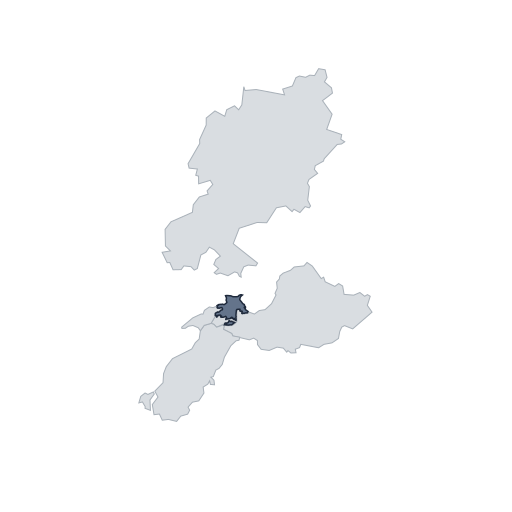 map of Azerbaijan with Kazakhstan, Iran, Armenia and 2 others greyed out, rotated 309°
{"feature_id": "AZE", "entity_name": "Azerbaijan", "entity_type": "country or territory", "adm_level": 0, "iso_a3": "AZE", "parent_name": "Asia", "parent_adm1": "", "projection": "mercator", "projection_center": [46.85, 40.145], "detail": "fine", "context": "with_neighbors", "style": "filled", "palette": "slate", "viewbox_px": 512, "rotation_deg": 309, "n_neighbors": 5, "source": "natural_earth", "source_scale": "50m", "svg_char_len": 6748}
<svg xmlns="http://www.w3.org/2000/svg" viewBox="0 0 512 512"><g transform="rotate(309 256 256)"><path d="M444.2,192.5L439.5,198.8L434.4,199.6L434.2,208.8L430.7,212.9L418.6,209.9L414.1,225.9L398.8,231.3L404.3,246.2L400.1,248.4L400.6,253.1L396.8,251.9L393.8,248.9L374.5,247.8L372.2,248.7L363.5,245.2L360.0,246.9L359.0,251.9L348.9,249.0L344.9,250.2L343.5,253.8L331.9,261.1L329.2,266.9L326.9,267.0L325.3,263.1L317.4,262.8L316.2,256.1L313.2,256.1L313.7,247.7L306.3,241.5L288.6,243.4L282.7,235.7L267.0,225.5L251.2,230.6L251.5,261.7L248.3,262.1L244.0,255.6L239.9,253.3L232.9,255.1L230.2,257.8L229.8,255.8L231.3,252.3L230.2,249.4L223.0,246.6L220.3,239.0L216.9,236.8L216.7,234.0L222.7,234.8L222.9,228.5L228.1,227.0L233.5,228.4L234.6,219.8L233.5,214.2L227.3,214.7L222.1,212.5L209.3,218.3L206.2,216.9L206.8,212.2L202.9,206.2L198.3,206.4L193.1,200.2L196.7,193.1L194.9,191.2L199.8,180.7L206.1,186.3L206.8,179.3L219.5,168.6L229.1,168.4L249.9,179.1L256.4,175.0L266.2,174.8L274.0,179.9L275.8,177.0L284.4,177.4L286.0,172.8L276.0,166.0L281.9,161.1L280.8,158.4L286.7,155.7L282.2,148.7L285.0,145.1L308.0,141.5L311.0,138.9L326.4,134.9L331.9,130.5L342.9,132.8L344.9,143.8L351.3,141.2L359.2,144.8L358.7,150.5L364.5,149.9L379.9,140.0L377.7,143.3L385.5,151.4L399.2,176.8L402.5,171.7L411.0,177.3L419.8,174.8L423.2,176.5L426.1,182.1L430.4,184.0L433.1,188.0L441.0,186.8L444.2,192.5Z" fill="#d9dde1" stroke="#a8b0b8" stroke-width="1"/><path d="M206.0,348.0L202.6,344.2L202.6,340.4L200.6,340.4L201.6,335.2L198.4,329.7L190.9,325.7L186.7,318.7L188.1,312.9L191.2,310.3L190.7,305.9L186.7,303.6L179.3,288.3L180.5,285.9L178.6,276.9L182.8,274.6L183.8,277.6L186.9,281.2L191.1,282.3L193.3,282.1L200.6,276.2L202.9,275.6L204.7,278.0L202.6,281.9L206.4,286.0L207.9,285.6L209.9,291.3L215.7,292.9L220.0,296.8L228.7,298.1L238.3,296.1L238.9,294.3L244.3,292.8L248.7,288.4L252.8,288.6L255.5,287.1L259.8,287.9L266.6,291.8L271.5,292.6L278.5,299.5L283.1,299.7L283.6,306.1L279.5,320.9L282.1,321.9L279.5,326.0L282.0,336.4L286.6,337.6L287.2,342.2L281.6,348.6L287.1,356.6L293.0,359.7L293.1,365.8L296.1,366.9L296.6,370.1L287.7,373.6L285.4,381.5L260.2,377.0L257.6,368.6L254.7,367.4L250.0,368.6L243.8,372.0L236.3,369.7L230.1,364.4L224.1,362.4L215.5,346.4L212.2,347.5L208.3,345.2L206.0,348.0Z" fill="#d9dde1" stroke="#a8b0b8" stroke-width="1"/><path d="M193.3,282.1L191.1,282.3L188.6,276.5L185.9,276.5L184.1,274.4L175.9,270.2L176.4,266.3L175.4,263.5L183.9,262.2L187.5,265.7L186.3,267.8L189.6,270.5L187.8,273.1L193.2,276.6L193.3,282.1Z" fill="#d9dde1" stroke="#a8b0b8" stroke-width="1"/><path d="M182.7,294.5L179.8,295.8L177.6,293.9L170.5,292.9L157.5,295.1L150.5,298.0L145.4,298.0L142.1,296.6L135.4,298.7L133.4,297.2L133.0,301.5L129.8,304.8L127.5,301.4L129.8,298.5L126.1,299.2L120.9,297.4L116.7,301.8L107.4,302.7L102.4,298.6L95.8,298.3L94.4,301.5L90.1,302.4L84.2,298.3L77.5,298.4L73.9,290.8L69.4,286.5L72.4,280.4L68.5,276.6L75.3,268.9L84.7,268.6L87.3,262.4L99.0,263.5L106.4,258.2L113.6,255.9L123.7,255.7L143.3,264.6L150.4,263.4L155.7,264.1L162.9,259.8L169.5,259.4L175.4,263.5L176.4,266.3L175.9,270.2L182.8,274.6L178.6,276.9L180.5,285.9L179.3,288.3L182.7,294.5ZM68.1,257.4L74.4,254.8L79.7,256.0L80.4,259.1L85.8,261.8L84.7,263.8L77.4,264.2L69.6,271.1L67.8,265.6L69.2,264.7L71.1,259.6L68.1,257.4Z" fill="#d9dde1" stroke="#a8b0b8" stroke-width="1"/><path d="M153.1,244.0L153.9,243.0L168.1,245.8L176.5,249.9L177.5,251.4L181.3,250.1L187.0,251.8L188.9,255.2L192.7,257.2L191.1,258.3L194.2,262.7L193.3,263.7L190.0,263.2L185.4,260.9L183.9,262.2L175.4,263.5L169.5,259.4L162.9,259.8L163.9,256.3L162.3,250.7L158.8,247.6L155.4,246.6L153.1,244.0Z" fill="#d9dde1" stroke="#a8b0b8" stroke-width="1"/><path d="M207.9,284.7L207.7,284.7L206.4,285.0L206.2,284.9L205.1,283.5L204.9,283.4L204.4,283.3L204.1,283.1L203.9,282.7L203.8,282.4L202.7,281.7L202.5,281.4L202.5,281.2L202.6,280.9L202.8,280.8L203.4,280.6L204.0,280.4L204.3,280.1L204.3,279.8L204.2,279.5L203.3,278.9L203.2,278.6L203.2,278.3L203.2,278.0L203.4,277.8L204.1,277.4L204.5,277.1L204.3,276.7L203.5,275.8L202.5,274.8L201.9,274.8L201.1,275.1L200.0,275.9L199.3,276.3L198.5,276.9L197.5,277.5L196.8,278.2L196.3,278.8L195.5,279.1L195.1,279.6L193.6,281.0L193.3,281.0L193.2,280.3L193.3,279.7L193.2,279.4L192.7,278.9L192.7,278.7L192.8,278.6L193.2,278.7L193.6,278.7L193.8,278.5L193.4,277.9L192.9,277.5L192.6,277.2L192.5,276.9L193.2,276.5L193.2,276.2L193.2,275.8L192.2,275.3L191.5,275.5L190.8,275.0L190.4,274.5L189.9,274.1L189.4,273.8L189.0,273.2L188.2,272.6L187.7,272.5L187.7,272.4L187.8,272.3L188.0,272.2L189.4,272.2L189.5,272.1L189.6,271.8L189.8,271.4L190.0,270.9L190.0,270.4L188.6,269.6L187.6,268.9L186.9,268.0L186.4,267.1L186.4,266.9L186.6,266.6L187.7,265.8L187.7,265.6L187.3,265.0L186.8,264.6L186.7,264.3L186.4,264.2L185.8,264.2L184.8,263.6L184.5,263.6L184.5,263.4L185.3,263.2L185.0,262.8L184.6,262.6L184.2,262.2L184.1,261.8L185.4,260.8L185.8,260.5L186.7,260.7L188.5,261.5L188.4,261.9L188.6,262.1L189.0,262.4L189.8,262.7L190.4,262.8L190.8,262.7L191.3,262.6L192.0,263.0L192.6,263.4L192.9,263.6L193.1,263.6L193.5,263.5L194.1,262.9L194.3,262.2L194.4,261.9L194.0,261.4L193.4,260.9L192.6,260.5L192.1,260.1L191.8,259.3L191.5,259.2L191.4,259.1L191.4,258.8L191.4,258.5L191.5,258.2L191.8,258.1L192.1,258.0L192.4,257.7L192.7,257.2L192.9,256.9L193.5,257.1L193.6,257.6L193.8,257.7L194.0,257.6L194.5,257.4L194.8,257.6L195.3,258.1L196.0,258.7L196.3,259.1L196.4,259.4L196.8,259.7L197.3,260.0L197.6,260.5L198.0,261.6L198.3,261.9L199.6,262.3L200.0,262.4L201.2,262.6L201.7,262.5L202.3,261.5L202.9,260.5L203.4,260.3L204.4,259.8L204.9,259.3L205.2,258.8L205.7,257.8L206.0,257.3L206.6,257.8L207.6,259.1L209.0,261.2L209.3,261.7L209.5,262.4L209.7,263.3L210.1,264.0L211.5,265.8L212.1,266.5L213.1,267.4L213.4,267.6L213.9,267.6L214.7,267.6L215.5,268.0L215.9,268.2L216.3,268.6L216.7,269.0L217.1,270.0L215.7,269.7L214.3,269.7L213.5,270.0L212.8,270.3L212.0,270.7L211.6,271.6L211.2,273.6L210.7,275.4L210.7,276.3L210.9,277.1L210.9,277.5L210.6,277.6L210.3,278.0L209.9,279.7L209.7,280.0L209.4,280.2L209.3,279.6L208.7,279.2L208.4,279.6L208.2,280.5L207.8,281.5L207.7,281.7L207.9,284.7ZM187.5,267.3L187.6,267.1L187.4,266.9L187.2,266.9L187.0,267.1L187.0,267.4L187.3,267.5L187.5,267.3ZM183.0,275.1L182.8,274.8L182.7,274.7L183.3,274.5L184.3,274.2L184.6,274.3L184.9,274.7L185.0,275.0L185.0,275.6L185.7,275.5L185.9,275.8L186.3,276.0L186.9,276.3L187.9,275.9L188.3,275.8L188.7,275.8L188.9,275.9L189.0,276.4L188.9,276.9L188.8,277.2L189.0,277.5L189.8,278.0L190.1,278.3L189.9,278.8L190.5,280.1L190.7,280.6L190.9,281.2L189.8,281.0L187.6,280.5L187.0,280.2L186.5,279.5L186.2,279.1L185.7,278.7L185.3,278.5L185.0,278.2L184.8,277.8L184.5,277.4L184.1,276.9L183.1,275.3L183.0,275.1ZM184.2,264.0L183.9,264.0L183.8,263.8L183.9,263.6L184.1,263.5L184.3,263.8L184.2,264.0Z" fill="#64748b" stroke="#1e293b" stroke-width="1.5"/></g></svg>